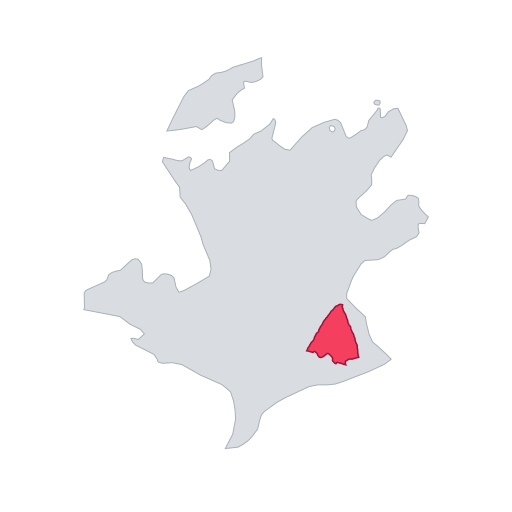 Quba District, Quba, Azerbaijan shown in context, rotated 103°
{"feature_id": "54616110B77048085748362", "entity_name": "Quba District", "entity_type": "district", "adm_level": 2, "iso_a3": "AZE", "parent_name": "Azerbaijan", "parent_adm1": "Quba", "projection": "equal_earth", "projection_center": [48.485, 41.2], "detail": "fine", "context": "in_parent", "style": "filled", "palette": "rose", "viewbox_px": 512, "rotation_deg": 103, "n_neighbors": 0, "source": "geoboundaries", "source_scale": "gbopen_adm2", "svg_char_len": 5400}
<svg xmlns="http://www.w3.org/2000/svg" viewBox="0 0 512 512"><g transform="rotate(103 256 256)"><path d="M347.0,411.7L345.0,411.5L330.7,415.1L327.6,413.9L315.4,397.8L312.8,396.0L307.5,395.3L304.4,392.6L301.9,388.3L300.5,385.0L287.8,376.3L285.9,373.1L285.7,370.3L287.5,367.8L289.7,365.6L295.9,363.4L303.1,361.6L305.4,360.2L306.6,357.9L306.5,354.2L305.4,350.5L295.0,343.9L293.9,341.0L293.5,337.5L294.1,333.8L295.8,330.9L304.2,327.0L308.7,323.0L305.9,318.5L296.8,308.2L286.1,296.9L278.9,296.8L270.5,300.1L257.2,309.8L249.8,313.9L240.2,320.7L229.7,328.3L221.1,336.4L215.7,343.1L206.1,346.0L201.3,351.6L185.2,368.4L180.7,368.2L180.5,359.9L180.7,353.3L179.8,349.4L174.7,344.2L174.6,342.0L176.0,340.6L180.0,341.4L185.1,341.1L187.5,339.1L182.1,332.2L177.3,327.6L173.2,324.5L172.3,322.7L172.4,321.4L173.2,319.8L180.3,316.0L181.0,312.6L180.6,308.7L169.5,303.0L161.2,305.1L153.8,298.7L149.0,293.7L143.1,288.4L137.8,285.5L132.8,278.9L124.0,272.0L118.3,270.1L118.4,269.0L119.5,267.8L121.9,266.7L137.7,267.0L139.6,265.8L140.7,262.8L142.9,258.5L145.5,252.1L145.3,246.7L129.6,238.1L118.2,230.1L110.4,219.6L105.1,210.0L105.3,206.8L106.9,203.7L119.4,194.9L120.2,192.6L120.0,191.0L115.6,186.5L110.2,181.9L108.5,178.5L105.1,176.7L98.5,176.6L87.0,170.9L84.6,170.4L84.1,169.2L84.7,168.1L92.9,165.8L92.9,163.9L90.4,161.4L85.8,159.5L81.6,155.0L80.2,150.9L95.2,139.0L99.7,136.6L109.3,138.8L129.4,146.7L128.0,151.1L130.0,153.6L134.6,156.9L143.5,160.3L151.0,162.1L154.8,160.6L160.6,159.3L168.1,163.2L175.0,168.2L178.4,170.2L180.3,170.8L185.6,169.2L192.0,162.8L194.5,155.0L195.3,151.3L191.6,146.1L184.1,140.6L175.6,135.7L170.2,131.4L166.8,122.9L163.3,121.9L162.4,120.8L161.9,117.9L162.1,113.9L163.3,110.8L166.8,109.4L170.2,108.9L173.4,106.0L177.4,100.1L179.1,96.9L186.5,98.8L187.4,104.0L188.7,105.1L191.8,104.5L196.9,102.3L201.0,103.9L206.1,110.2L213.3,116.7L217.2,121.1L218.7,124.2L222.4,127.1L227.8,130.6L232.1,136.1L235.8,148.7L239.7,151.7L253.6,156.5L258.5,157.5L272.3,159.2L277.1,158.0L284.2,147.0L290.6,135.8L296.5,133.4L307.2,128.0L313.7,122.9L316.4,117.4L322.4,106.9L326.1,101.1L332.4,106.3L343.4,120.4L359.0,143.4L362.9,149.9L365.5,157.5L367.6,166.7L371.2,174.8L387.2,195.3L394.1,202.9L405.4,212.7L409.4,214.9L414.7,215.5L424.3,215.5L433.2,219.4L437.6,222.1L442.2,226.0L446.3,230.5L450.5,242.6L435.0,238.6L419.5,239.2L410.7,241.8L402.2,245.3L394.0,250.3L389.0,260.1L384.7,282.7L378.5,303.8L378.8,313.6L381.6,323.1L381.3,327.5L378.4,329.4L374.8,333.4L370.0,353.0L367.6,356.9L364.5,359.3L363.7,357.0L363.8,351.9L357.0,347.3L353.4,352.4L350.9,363.2L345.9,374.5L345.7,376.6L347.0,411.7ZM117.2,212.0L118.0,209.0L116.0,207.6L114.0,207.6L112.2,209.0L112.1,212.8L114.6,213.5L117.2,212.0ZM64.8,300.0L62.5,296.8L61.5,295.1L68.4,293.7L79.9,289.5L83.0,291.5L86.3,295.8L87.9,299.4L88.1,306.2L89.5,307.3L95.1,305.0L97.5,307.7L101.8,311.0L109.2,314.3L119.9,309.2L125.3,307.9L129.7,308.0L132.0,309.6L132.8,314.8L131.9,321.3L130.6,324.9L132.8,327.5L141.5,333.7L145.1,337.2L143.3,343.3L149.7,358.0L151.8,363.8L154.3,370.9L140.9,368.1L116.7,362.1L110.1,359.1L103.9,350.8L100.2,346.9L94.7,341.8L90.2,339.8L86.8,336.3L84.9,331.0L82.1,326.3L77.2,320.8L66.3,301.9L64.8,300.0ZM81.3,174.7L79.8,175.8L77.5,174.7L76.9,172.4L77.1,170.0L79.4,169.5L81.2,170.1L81.7,172.3L81.3,174.7Z" fill="#d9dde1" stroke="#a8b0b8" stroke-width="1"/><path d="M331.6,133.1L330.2,133.9L329.7,134.0L329.1,134.4L327.3,135.1L326.4,135.3L324.9,135.8L323.9,136.0L323.0,136.6L321.9,136.9L320.3,137.3L319.5,137.8L319.0,138.3L318.2,139.0L317.4,139.5L316.6,140.0L315.6,140.5L315.0,140.8L313.8,141.1L313.0,142.0L310.4,143.3L309.2,144.4L308.4,145.3L307.1,146.1L305.5,147.4L304.4,147.6L303.3,148.2L302.9,149.0L302.4,149.9L301.3,150.4L299.8,151.8L298.7,151.9L298.1,152.2L296.2,153.6L294.4,154.6L292.8,155.6L291.3,157.0L290.8,157.5L290.3,158.0L289.4,158.7L288.7,159.1L287.9,159.3L286.9,160.2L285.8,160.6L284.9,160.6L284.1,160.6L284.0,161.7L284.1,163.1L284.8,164.2L286.1,165.5L286.9,166.8L288.1,167.6L289.8,168.3L291.0,168.8L292.1,169.8L292.7,170.2L293.4,170.5L294.5,170.9L295.7,171.3L296.9,171.8L297.2,172.1L297.9,172.2L298.4,172.7L299.6,172.8L300.1,173.4L300.5,173.7L301.2,174.0L302.2,174.2L302.7,174.6L303.4,175.0L304.3,175.3L305.2,175.6L305.9,175.8L307.0,175.9L307.6,176.1L308.5,176.4L309.3,176.7L310.2,177.3L311.3,177.4L312.5,177.8L313.8,178.2L314.7,178.0L315.7,178.1L316.3,178.5L317.0,179.1L317.5,179.5L318.1,179.8L319.1,180.0L320.0,180.2L321.2,180.5L322.2,180.8L323.4,180.7L324.4,180.9L325.2,181.1L326.4,181.7L327.2,182.3L327.5,182.5L328.3,182.9L329.2,183.1L329.8,183.2L330.6,183.6L331.9,183.8L332.8,184.2L333.5,184.6L335.2,184.9L337.0,185.2L336.8,184.3L337.0,182.4L337.1,179.9L337.2,178.8L336.2,178.1L335.8,177.2L336.5,175.7L337.2,174.6L338.0,174.1L338.9,173.3L339.8,172.4L340.4,171.4L340.3,169.9L339.8,169.0L339.2,168.3L338.6,167.5L338.0,167.2L337.2,166.5L336.1,165.6L335.3,165.0L334.9,164.6L334.9,163.4L335.2,162.5L335.8,161.6L336.5,160.5L337.0,159.8L337.4,159.3L338.0,158.7L338.7,158.2L339.5,158.1L340.8,157.9L341.3,157.4L341.7,156.5L342.2,156.0L342.8,154.9L343.0,154.1L342.8,153.7L341.9,153.5L341.4,152.9L341.4,151.9L341.4,150.7L341.5,149.1L341.5,147.3L341.9,146.3L341.8,145.8L341.8,144.1L341.2,144.7L340.3,144.9L339.2,145.0L338.4,145.1L337.9,144.7L337.3,144.0L336.9,143.6L335.8,142.5L335.4,141.7L335.0,140.1L335.0,139.5L334.6,138.5L333.8,137.5L333.2,136.2L332.6,135.2L332.2,134.4L331.7,133.3L331.6,133.1Z" fill="#f43f5e" stroke="#9f1239" stroke-width="1.5"/></g></svg>